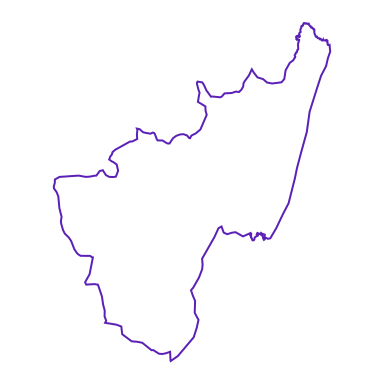 Kalehe, Sud-Kivu, Democratic Republic of the Congo (Equal Earth projection)
{"feature_id": "63176286B48907865482387", "entity_name": "Kalehe", "entity_type": "district", "adm_level": 2, "iso_a3": "COD", "parent_name": "Democratic Republic of the Congo", "parent_adm1": "Sud-Kivu", "projection": "equal_earth", "projection_center": [28.9, -2.034], "detail": "fine", "context": "isolated", "style": "outline", "palette": "violet", "viewbox_px": 384, "rotation_deg": 0, "n_neighbors": 0, "source": "geoboundaries", "source_scale": "gbopen_adm2", "svg_char_len": 5618}
<svg xmlns="http://www.w3.org/2000/svg" viewBox="0 0 384 384"><path d="M329.6,45.1L329.3,45.3L328.5,45.1L328.2,45.0L328.2,44.8L328.2,44.7L327.7,44.6L327.6,44.2L327.8,43.9L327.6,43.3L327.6,42.8L327.3,42.5L327.5,42.0L327.3,41.7L327.1,41.1L327.3,40.7L327.1,40.6L326.7,40.7L326.7,40.4L326.8,40.3L326.8,40.0L326.7,39.9L326.4,39.9L325.7,40.4L325.3,40.5L325.1,40.2L324.6,40.3L323.9,40.3L323.5,40.0L323.3,40.0L323.2,39.7L322.9,40.4L322.1,40.5L321.3,39.4L321.0,39.5L320.9,39.4L320.8,39.5L320.7,39.5L320.3,39.0L320.0,38.9L319.9,38.7L319.6,38.9L319.5,38.5L318.9,38.1L318.2,38.2L317.7,38.1L317.4,37.7L317.0,36.6L316.9,36.6L316.8,36.8L316.4,36.9L315.9,36.7L315.5,36.1L315.5,35.6L315.2,35.0L315.1,34.6L314.8,34.3L314.6,33.4L314.3,32.9L314.3,32.4L314.4,32.2L314.4,31.9L314.2,31.2L314.2,30.9L314.3,30.8L314.3,30.5L314.4,30.3L314.2,30.2L314.1,29.3L313.9,29.0L313.5,29.0L313.3,28.8L312.9,28.8L312.7,28.7L312.5,28.4L312.5,27.8L312.3,27.7L312.2,27.5L312.0,27.4L311.9,27.5L311.7,27.5L311.4,27.6L311.1,27.6L310.8,27.2L310.8,26.6L310.8,26.4L310.1,26.2L309.7,25.5L309.3,25.2L309.2,24.8L309.0,24.7L309.0,24.2L308.8,23.9L308.7,23.6L308.3,23.7L308.1,23.8L307.5,23.9L307.2,23.7L307.1,23.8L306.7,23.6L306.1,23.2L305.5,23.5L305.4,23.7L305.2,23.7L304.9,23.6L304.5,23.1L304.0,23.0L303.8,23.1L303.5,23.6L303.5,23.9L303.3,24.1L303.3,24.3L303.0,24.7L303.0,25.3L302.9,25.6L302.5,25.9L302.3,25.8L302.0,25.8L301.9,26.0L301.5,26.0L301.3,26.3L301.3,26.6L301.4,27.1L301.3,27.6L301.2,27.6L301.1,28.0L300.8,28.4L300.7,28.8L300.5,29.1L300.5,29.5L300.3,30.0L300.4,31.1L300.6,31.3L300.6,31.6L300.6,32.1L300.2,32.4L299.9,32.5L299.4,33.0L299.3,33.5L299.2,33.6L299.2,34.5L299.3,34.8L299.6,35.1L299.7,35.7L299.3,35.6L298.9,35.1L298.7,35.5L298.7,35.9L299.2,36.5L299.3,37.0L299.0,37.0L298.5,36.4L297.9,36.5L297.4,36.0L297.4,35.9L297.2,35.8L296.9,36.0L297.0,36.3L296.6,36.3L296.4,36.4L296.0,36.9L296.0,37.0L296.3,37.5L296.4,37.9L296.5,37.9L296.4,38.5L296.5,38.7L296.5,38.8L296.4,38.8L296.3,39.1L296.5,39.4L296.7,39.6L296.8,39.5L297.0,39.2L297.4,38.9L297.8,39.1L298.1,39.8L298.4,39.5L299.1,39.7L299.2,39.8L299.2,40.2L299.1,40.5L298.9,40.5L298.7,40.8L298.6,42.2L298.4,42.7L298.2,42.9L298.2,43.6L298.1,43.8L298.0,44.7L297.9,45.0L298.1,45.5L298.1,46.4L298.2,46.6L298.1,47.8L298.3,48.6L298.2,48.9L297.9,49.7L297.4,49.9L297.3,50.2L297.0,51.8L296.9,51.9L296.7,52.0L296.6,52.5L296.4,52.6L296.1,52.6L295.9,52.7L295.7,53.3L295.7,53.8L295.4,54.0L295.0,54.4L294.9,55.0L294.7,55.2L294.7,55.4L295.0,56.3L295.3,56.7L295.1,57.4L295.0,57.6L294.9,57.6L294.9,57.3L293.3,60.2L289.8,62.8L285.6,70.3L284.3,79.0L281.5,82.3L272.1,83.5L267.0,82.5L263.1,79.1L257.5,77.4L253.8,72.6L251.8,69.3L248.9,75.5L244.4,81.6L243.5,83.4L243.2,86.5L241.4,89.7L239.0,92.0L235.8,91.6L231.7,93.0L224.5,93.4L221.9,96.5L220.3,97.3L212.3,96.5L211.0,96.7L206.4,90.4L203.9,84.9L202.3,82.4L197.6,81.6L196.9,82.7L197.1,84.4L198.5,89.8L199.6,92.9L199.1,94.8L197.9,101.9L205.4,106.4L205.5,110.3L206.7,114.9L200.4,129.5L195.9,133.3L191.9,135.3L191.0,136.2L190.1,138.2L189.2,138.1L187.1,135.5L183.5,134.2L180.3,134.4L176.3,135.8L173.0,138.2L169.5,143.5L167.2,143.4L162.5,140.5L157.6,140.4L156.9,139.5L154.9,134.1L154.0,132.9L152.6,132.6L150.5,133.7L145.8,132.9L143.0,132.2L139.7,129.2L136.9,128.6L137.4,129.9L136.9,134.3L137.2,139.0L132.4,141.4L129.9,141.6L115.3,149.7L112.6,152.0L111.8,154.6L110.2,156.6L109.2,159.5L111.5,161.2L113.5,162.2L116.7,164.5L118.1,170.8L115.9,176.6L113.8,177.0L109.3,176.9L105.9,175.1L102.8,170.2L99.6,171.1L96.4,175.6L94.7,175.7L89.9,176.6L85.9,176.9L78.6,175.6L59.5,176.9L54.9,179.5L54.8,182.8L53.8,186.6L54.0,188.4L56.7,192.3L58.3,196.4L59.4,208.2L61.6,216.9L60.9,221.0L61.2,223.7L63.0,230.0L64.8,233.6L68.8,237.5L71.1,240.9L74.3,249.1L76.7,252.8L78.3,254.4L80.6,255.8L90.2,255.9L91.7,257.1L92.9,257.4L89.6,274.2L85.1,282.2L86.2,284.6L94.6,284.1L97.9,284.7L98.8,287.1L102.0,296.7L103.1,304.5L104.7,310.5L104.6,316.5L106.2,320.7L105.1,322.8L116.5,324.7L121.3,326.5L122.2,334.2L131.6,341.3L137.5,341.8L142.3,342.8L151.5,350.2L153.3,350.1L158.9,353.7L162.3,354.0L165.8,353.3L170.1,351.8L170.5,360.3L170.7,361.0L177.9,356.0L193.7,337.3L196.8,327.6L198.5,319.8L197.2,317.6L194.7,312.7L195.1,301.0L192.8,295.5L191.0,290.2L193.2,287.7L199.0,277.5L202.2,269.1L202.6,264.5L202.1,258.7L214.3,237.3L218.5,228.2L221.5,226.5L223.7,232.6L227.2,234.2L232.0,232.7L235.5,232.2L243.0,236.4L250.6,233.0L250.7,233.3L250.9,233.6L251.2,233.8L251.2,234.5L250.8,234.8L250.2,235.1L250.2,235.4L250.6,235.6L251.1,235.7L251.2,236.1L251.1,236.4L251.0,236.6L251.0,237.5L251.6,238.0L251.8,238.3L252.0,238.7L252.1,239.7L252.3,239.9L252.4,239.7L252.4,239.8L252.5,240.0L252.8,240.1L253.0,240.4L253.7,240.2L254.0,240.0L254.4,239.3L254.4,238.3L254.7,237.7L255.0,237.4L255.5,236.7L255.8,236.5L256.2,236.5L256.9,236.0L257.3,235.9L257.5,235.9L257.8,235.7L257.9,235.4L257.8,235.0L257.6,234.9L257.1,234.9L256.7,234.3L256.8,234.1L257.0,233.7L257.4,232.9L257.8,233.0L258.0,233.2L258.5,233.9L259.0,234.2L259.5,234.1L259.6,233.7L260.4,233.6L260.9,233.3L261.1,232.9L261.5,233.2L261.5,233.4L261.5,233.7L261.2,234.3L261.3,234.7L261.3,234.8L261.3,235.0L261.6,235.3L262.0,235.2L262.1,234.9L262.2,234.4L262.5,234.0L262.9,234.2L263.2,234.1L263.8,234.2L264.2,234.8L264.8,234.8L264.7,236.0L264.7,236.4L264.5,236.7L264.2,236.9L263.6,236.7L263.2,236.6L262.9,236.8L262.9,237.2L263.1,237.3L263.0,237.6L263.1,238.2L263.3,238.4L263.6,238.5L263.7,239.0L263.6,239.5L263.9,239.9L264.8,239.2L265.5,238.0L265.9,237.8L267.9,238.8L270.3,238.3L276.4,227.9L283.0,214.0L288.6,203.2L294.9,178.3L296.9,168.4L301.2,152.1L306.8,132.0L309.6,111.8L316.9,88.6L321.1,75.7L326.1,66.1L327.9,58.2L330.2,51.7L329.6,45.1Z" fill="none" stroke="#5b21b6" stroke-width="2"/></svg>